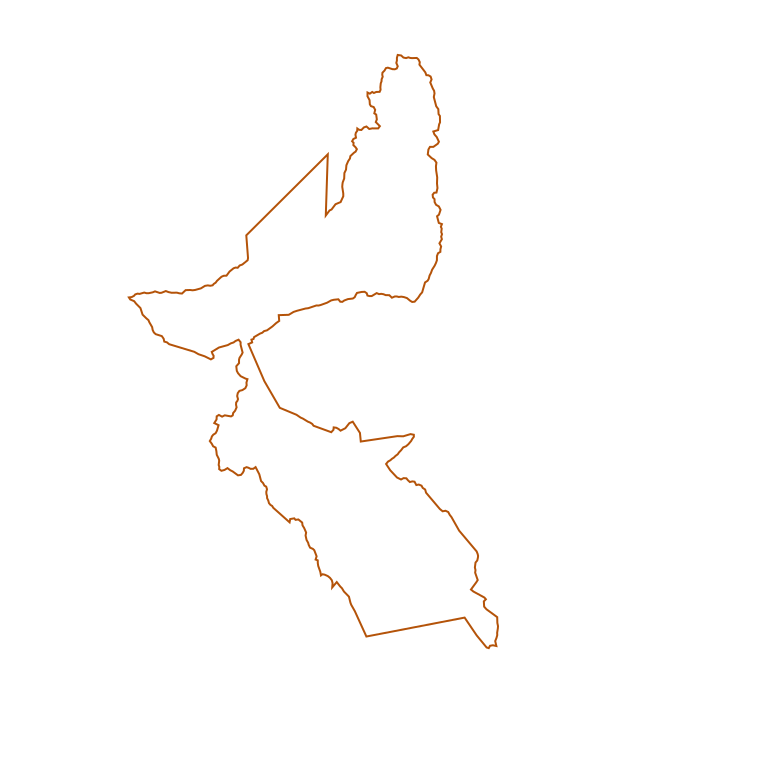 the district of Sobral, Ceará, Brazil, rotated 242°
{"feature_id": "56859067B25593631860956", "entity_name": "Sobral", "entity_type": "district", "adm_level": 2, "iso_a3": "BRA", "parent_name": "Brazil", "parent_adm1": "Ceará", "projection": "mercator", "projection_center": [-40.186, -3.856], "detail": "fine", "context": "isolated", "style": "outline", "palette": "amber", "viewbox_px": 768, "rotation_deg": 242, "n_neighbors": 0, "source": "geoboundaries", "source_scale": "gbopen_adm2", "svg_char_len": 6165}
<svg xmlns="http://www.w3.org/2000/svg" viewBox="0 0 768 768"><g transform="rotate(242 384 384)"><path d="M204.4,251.4L197.1,251.6L169.3,249.9L139.9,345.5L118.5,347.8L103.2,350.9L101.6,352.5L103.1,354.7L102.2,357.5L99.9,360.2L104.8,361.5L106.9,364.0L109.1,366.1L111.2,367.1L114.8,369.8L116.7,371.0L119.8,371.9L125.0,374.5L137.0,368.7L140.4,367.9L145.2,370.1L146.1,372.9L148.3,372.4L158.8,365.5L161.7,364.3L165.6,372.4L166.9,374.7L174.6,375.9L176.7,377.4L179.3,378.1L183.4,381.0L184.4,383.5L186.6,385.4L188.1,386.4L190.0,386.9L192.7,387.2L219.2,381.5L234.8,381.1L237.6,380.6L240.8,380.6L243.2,378.8L244.1,376.0L247.5,374.6L268.3,370.1L271.5,370.8L274.1,369.4L276.6,369.4L278.9,367.5L279.6,365.1L283.4,365.1L284.7,363.3L285.3,360.8L287.9,359.9L290.2,359.5L291.7,357.1L291.7,354.2L295.3,351.6L304.9,349.0L312.4,348.3L313.6,351.1L313.7,353.9L314.2,355.8L314.4,358.2L315.1,360.4L315.5,363.1L316.6,365.2L317.5,368.0L319.0,371.2L318.7,374.3L319.4,377.3L321.0,381.3L322.2,383.1L323.4,385.6L325.2,386.5L327.3,383.9L328.8,376.4L331.7,371.3L344.1,336.5L352.1,339.8L365.4,338.7L365.7,335.0L363.1,329.1L363.2,323.7L365.5,322.8L367.7,321.4L369.3,319.2L367.3,317.9L366.2,314.8L380.2,302.2L382.4,301.9L384.7,300.6L386.5,299.1L391.6,296.1L393.5,294.6L397.9,292.3L411.9,280.8L442.7,279.7L482.9,283.0L482.6,287.1L485.4,287.8L485.0,289.9L486.4,291.3L486.7,298.3L486.4,300.6L487.0,303.0L486.3,305.9L487.2,312.5L488.4,317.3L488.9,321.1L494.2,323.4L489.8,332.4L490.1,338.0L489.5,341.5L487.5,350.1L486.5,352.7L485.1,361.1L484.0,363.1L483.5,365.0L482.5,371.9L482.6,376.6L481.9,379.3L480.2,383.5L477.2,384.0L476.1,385.8L476.4,388.1L475.9,392.0L474.1,396.6L474.4,398.9L475.9,400.9L477.1,402.9L475.8,407.4L474.5,410.2L472.2,411.4L469.9,410.9L468.5,412.4L467.4,414.4L467.7,420.2L465.7,421.8L464.9,423.9L463.5,425.7L461.7,427.2L459.9,430.4L456.5,431.5L456.2,434.6L455.3,436.4L453.9,437.9L453.0,440.3L451.4,442.4L449.1,444.6L445.2,446.2L443.2,447.4L442.3,449.7L444.2,454.8L446.0,458.0L447.0,460.7L454.4,467.9L454.7,471.0L455.8,472.8L458.4,475.2L460.1,477.7L462.3,480.1L464.7,484.3L466.5,486.7L468.4,488.8L472.1,490.8L474.1,493.1L474.2,495.8L476.5,497.1L478.6,499.0L482.2,499.0L484.7,503.1L487.2,503.6L489.1,505.6L491.2,505.8L494.1,507.9L496.1,508.0L498.0,510.2L500.5,508.0L507.2,509.6L507.7,512.0L511.2,515.7L515.0,515.8L517.8,514.1L520.9,514.1L523.5,515.4L525.7,514.8L528.3,515.8L529.3,518.1L528.4,520.2L531.9,523.2L536.1,524.9L541.5,528.0L548.1,530.3L551.9,532.1L554.8,534.2L558.2,533.8L561.1,532.1L566.1,530.4L570.2,533.3L571.8,535.9L570.2,538.9L570.9,544.3L572.1,546.2L577.3,546.5L580.7,545.7L583.8,546.1L582.8,551.0L587.4,554.6L588.7,556.3L594.4,559.2L596.7,558.9L601.2,561.0L604.7,560.5L614.0,562.7L616.8,565.0L619.4,565.9L621.9,565.8L628.5,566.4L630.6,569.0L633.6,569.5L635.7,568.2L636.8,566.4L639.8,566.8L649.3,565.2L651.4,566.7L654.4,566.8L656.5,566.0L658.6,561.7L659.6,560.2L661.0,558.9L661.4,556.5L663.1,554.4L666.0,553.4L668.1,550.6L665.9,548.5L663.6,547.3L661.7,545.6L658.1,545.3L656.6,543.4L656.8,541.3L658.0,539.3L661.5,535.9L662.0,534.0L660.5,531.6L659.6,528.8L657.8,527.6L655.9,527.1L654.2,525.0L652.4,523.9L651.0,522.3L647.7,520.1L645.4,519.1L644.0,517.3L645.5,514.3L645.7,511.7L647.4,510.7L647.0,507.8L649.1,506.3L645.8,504.5L641.4,504.5L637.6,502.8L635.5,502.9L633.4,504.9L630.2,504.9L627.5,502.5L625.6,503.6L621.0,501.9L619.1,499.7L613.6,501.4L612.4,498.9L615.2,493.7L616.1,490.7L619.6,489.4L620.0,486.7L618.9,483.3L620.2,481.3L622.1,480.4L620.0,479.1L619.1,477.2L617.5,475.8L614.6,474.9L614.7,472.0L613.3,469.8L611.3,470.4L609.3,469.1L606.5,470.0L604.1,470.3L602.5,468.0L602.3,466.1L601.0,461.3L599.1,459.8L597.6,457.0L594.8,453.5L591.1,451.1L588.9,448.1L584.1,445.3L581.4,442.2L579.9,441.1L577.7,439.7L571.4,437.5L568.9,436.2L565.0,431.1L565.5,425.6L562.7,419.6L562.8,417.4L560.1,411.7L613.2,442.2L579.9,332.2L559.1,323.1L557.3,321.7L556.0,315.0L556.4,312.2L555.3,309.4L556.5,307.6L556.8,305.5L555.8,300.4L553.6,295.8L554.8,293.3L555.0,290.9L553.5,285.0L552.5,282.9L552.3,280.7L551.6,279.0L552.3,276.7L553.8,274.7L554.7,272.0L554.4,267.2L555.7,261.4L556.6,259.0L558.0,257.0L560.0,252.9L558.7,248.1L560.2,245.8L561.9,244.0L564.2,239.4L566.3,236.9L568.5,235.0L569.0,230.4L569.7,228.7L573.3,225.3L573.5,222.9L574.7,218.7L575.6,217.0L577.3,215.2L578.3,210.5L579.5,208.8L579.9,206.4L579.2,204.6L579.2,202.0L580.2,199.4L577.8,199.6L574.4,202.3L571.4,202.8L565.4,204.6L558.6,203.4L553.5,205.0L551.0,206.0L548.6,205.8L543.1,206.0L540.3,205.1L537.6,205.0L535.2,205.8L530.6,210.3L527.4,210.7L524.6,209.9L522.7,211.9L520.0,213.0L501.5,231.6L497.4,234.2L492.6,238.7L487.0,242.7L487.1,245.7L488.9,246.8L491.0,246.7L493.2,247.0L493.7,255.4L491.7,264.4L491.8,267.8L491.3,270.7L491.7,273.1L491.4,276.4L488.2,277.0L486.0,275.8L478.1,273.9L476.9,272.3L474.9,268.7L473.5,267.4L470.5,265.8L469.0,261.9L464.7,260.2L462.0,260.2L458.2,261.1L453.6,264.4L452.4,265.7L449.8,263.2L447.3,262.1L445.4,259.6L445.1,256.1L445.8,253.1L444.6,250.6L442.3,248.7L439.2,248.0L437.9,246.6L437.1,244.8L435.1,243.6L432.6,242.9L430.3,240.0L429.2,237.2L427.3,235.7L427.2,233.7L431.1,228.7L431.2,225.7L434.2,223.7L434.0,221.1L431.3,219.5L429.2,215.8L425.3,218.6L421.2,214.6L419.6,212.2L419.4,209.5L418.5,207.4L416.8,205.7L415.4,203.4L412.1,203.9L409.2,203.9L406.9,205.5L403.5,204.5L400.0,203.1L395.6,203.0L393.7,202.5L390.1,200.0L388.2,199.7L386.2,198.5L383.7,199.7L383.0,202.8L383.2,206.3L380.0,207.8L377.9,209.3L371.9,212.2L370.9,215.0L371.9,217.6L373.2,219.5L375.3,220.8L375.1,223.6L373.7,225.0L371.7,226.4L370.5,228.8L370.9,231.6L362.8,231.5L356.0,229.9L353.4,230.7L350.4,230.7L348.7,231.8L346.0,231.3L344.0,229.4L342.0,228.5L339.9,228.1L338.1,227.2L335.4,227.1L332.8,226.5L330.5,227.0L328.8,228.0L326.7,228.1L306.2,235.7L308.8,237.8L307.5,241.7L305.6,242.1L304.6,244.8L300.1,246.7L297.4,245.7L294.4,245.9L289.4,245.5L287.0,243.6L282.6,242.4L279.5,242.5L277.4,242.0L274.2,241.9L271.8,243.8L270.0,244.4L263.5,243.6L261.1,241.2L259.4,242.7L256.8,241.4L254.2,240.5L248.1,239.6L244.6,238.5L244.9,240.4L243.5,242.1L240.8,244.2L238.2,245.3L235.2,245.8L232.3,245.1L228.7,242.8L231.3,249.3L225.7,250.3L223.4,251.0L219.6,251.2L212.7,253.2L206.7,251.7L204.4,251.4Z" fill="none" stroke="#b45309" stroke-width="2"/></g></svg>